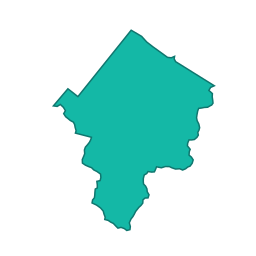 Sertão Santana, Rio Grande do Sul, Brazil (Natural Earth projection), rotated 308°
{"feature_id": "56859067B44643679960185", "entity_name": "Sertão Santana", "entity_type": "district", "adm_level": 2, "iso_a3": "BRA", "parent_name": "Brazil", "parent_adm1": "Rio Grande do Sul", "projection": "natural_earth1", "projection_center": [-51.66, -30.464], "detail": "fine", "context": "isolated", "style": "filled", "palette": "teal", "viewbox_px": 256, "rotation_deg": 308, "n_neighbors": 0, "source": "geoboundaries", "source_scale": "gbopen_adm2", "svg_char_len": 1779}
<svg xmlns="http://www.w3.org/2000/svg" viewBox="0 0 256 256"><g transform="rotate(308 128 128)"><path d="M41.6,166.0L43.0,169.3L43.2,172.4L43.8,175.2L43.2,179.1L42.9,181.7L45.4,183.7L46.5,187.1L46.5,190.1L49.1,192.1L51.8,190.5L54.1,187.4L58.1,186.4L61.2,186.4L64.0,186.0L66.8,185.4L69.3,185.4L72.1,185.4L74.9,185.9L77.9,185.9L80.6,184.0L83.4,184.6L85.2,186.8L88.3,185.7L89.6,182.4L91.7,180.4L93.0,177.7L93.4,174.8L95.1,173.1L97.6,171.2L101.0,169.7L103.6,170.8L106.0,170.6L107.9,173.9L109.7,175.8L111.9,175.3L115.0,174.4L117.2,178.8L120.6,181.1L123.1,184.4L123.6,186.9L124.9,190.7L127.7,193.8L128.5,196.9L131.3,198.5L134.0,199.1L136.2,200.4L139.7,200.3L143.0,199.0L144.1,195.9L144.2,192.8L147.0,190.9L149.5,190.1L150.5,185.8L152.9,184.3L156.2,183.4L157.7,185.4L159.8,187.4L163.0,188.1L165.7,187.8L167.5,185.7L169.8,185.3L172.3,184.3L174.7,181.4L176.3,178.0L178.3,175.7L180.9,174.2L184.4,172.4L187.0,171.6L189.2,173.8L191.2,175.5L193.4,178.0L195.5,178.8L197.6,179.8L199.9,179.7L201.9,177.8L204.4,175.2L207.1,173.3L207.4,168.6L210.8,168.1L214.4,170.0L209.6,124.7L210.9,121.8L213.1,120.6L210.0,118.9L208.0,115.7L207.3,97.3L207.3,89.7L208.6,82.3L207.0,70.3L197.7,70.2L167.7,69.8L152.9,69.6L121.9,69.2L121.9,56.5L99.5,55.6L101.4,58.9L104.9,60.2L104.5,64.5L103.1,68.0L99.7,68.5L98.5,72.0L98.5,75.0L98.4,77.8L99.0,81.4L97.8,83.9L96.0,85.9L93.9,88.8L91.6,89.7L98.2,104.9L95.7,105.9L93.0,106.4L89.7,106.4L86.7,106.2L83.8,107.2L81.1,109.7L78.8,110.4L75.0,111.4L72.3,113.7L72.5,117.3L73.5,121.3L74.3,123.7L73.9,126.8L74.6,130.3L74.8,134.7L72.3,137.1L69.4,138.4L66.8,136.3L64.4,138.7L61.9,140.7L59.7,139.8L57.0,141.5L54.7,143.1L52.3,144.5L49.5,144.4L46.8,145.8L47.9,150.6L48.1,155.5L47.3,159.6L45.4,162.1L43.7,164.9L41.6,166.0Z" fill="#14b8a6" stroke="#0f766e" stroke-width="1.5"/></g></svg>